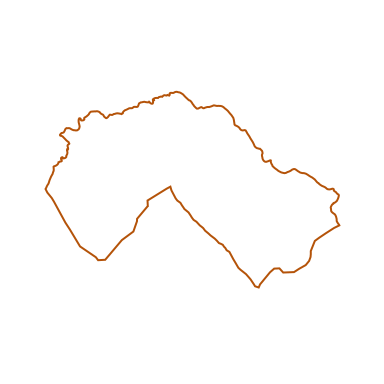 Vermaul, Shefa, Vanuatu (orthographic projection), rotated 149°
{"feature_id": "77236927B21234024058134", "entity_name": "Vermaul", "entity_type": "district", "adm_level": 2, "iso_a3": "VUT", "parent_name": "Vanuatu", "parent_adm1": "Shefa", "projection": "orthographic", "projection_center": [168.197, -16.741], "detail": "fine", "context": "isolated", "style": "outline", "palette": "amber", "viewbox_px": 384, "rotation_deg": 149, "n_neighbors": 0, "source": "geoboundaries", "source_scale": "gbopen_adm2", "svg_char_len": 6007}
<svg xmlns="http://www.w3.org/2000/svg" viewBox="0 0 384 384"><g transform="rotate(149 192 192)"><path d="M307.6,181.9L301.3,178.6L276.9,186.9L262.6,188.3L254.2,195.3L252.9,197.3L237.5,202.6L237.2,202.6L234.5,207.6L211.9,207.9L207.8,207.7L208.8,203.9L209.3,194.9L209.0,192.2L207.5,188.7L207.5,185.7L207.3,182.7L207.3,181.4L205.5,176.3L205.3,172.3L205.3,170.2L205.0,167.3L203.5,164.2L202.5,159.3L201.7,157.3L201.0,155.3L200.7,152.1L199.3,148.1L198.5,145.3L196.5,140.3L195.8,137.6L195.2,134.3L194.0,132.8L192.8,130.9L192.8,130.3L192.7,128.4L192.3,127.1L192.3,124.2L190.8,121.4L191.2,113.1L191.2,108.5L191.3,103.2L190.5,100.4L188.0,93.8L186.8,87.0L186.5,80.8L186.5,78.7L184.0,75.8L181.2,77.8L166.5,83.0L161.0,84.0L156.4,81.5L155.3,76.0L145.8,70.8L139.6,71.0L132.1,70.8L127.1,72.6L123.9,75.2L122.2,77.5L120.6,80.2L111.9,86.8L106.4,87.3L98.5,87.7L88.7,88.0L82.9,87.5L82.8,88.2L83.0,89.8L83.0,91.0L83.0,92.3L82.6,93.2L81.9,94.4L81.2,96.7L81.0,98.3L81.2,99.8L81.6,100.4L81.9,101.2L82.3,102.3L82.5,103.1L82.5,103.9L82.1,104.9L81.5,106.0L81.2,107.1L80.5,107.8L78.9,108.8L77.7,109.2L77.0,109.1L76.5,109.6L76.0,109.6L75.5,109.3L73.6,109.5L72.3,109.8L70.3,111.1L68.9,112.3L67.9,113.4L67.7,114.3L68.2,115.2L68.6,116.4L68.6,117.4L68.9,118.2L69.4,119.2L69.7,120.2L69.3,120.8L69.1,121.4L69.4,122.1L70.1,122.6L71.1,122.8L72.6,123.3L74.0,124.2L74.8,125.4L75.1,126.6L75.7,127.9L76.4,128.9L77.5,130.4L78.3,132.0L78.9,133.6L79.0,134.5L79.5,135.2L79.7,135.9L79.9,136.9L80.3,139.5L80.9,141.0L81.5,142.5L82.3,143.8L83.1,145.3L84.0,147.3L85.0,149.1L86.4,150.6L87.3,151.1L88.1,151.8L89.2,152.9L89.8,154.1L90.5,155.4L91.1,156.9L91.7,158.2L92.2,158.8L92.8,159.2L94.0,159.5L94.8,159.6L95.6,159.5L96.5,159.4L98.6,159.6L99.8,159.9L101.6,160.0L103.0,160.5L103.8,161.2L105.4,162.8L107.1,165.6L107.6,167.1L108.1,168.2L108.8,169.9L109.3,171.6L109.6,172.8L109.3,174.0L109.4,174.6L109.2,176.5L108.7,177.7L108.2,178.4L108.5,178.8L109.3,179.0L110.5,179.1L111.8,179.4L113.0,179.7L113.9,180.5L114.4,181.7L114.5,183.3L114.3,184.4L113.9,185.3L113.5,186.6L113.0,187.7L112.3,188.3L111.6,188.8L111.1,189.9L110.8,191.1L111.1,192.7L111.5,194.1L112.1,194.4L112.6,195.0L113.8,196.2L114.5,197.7L114.7,199.2L114.5,200.4L114.3,202.2L114.2,203.7L114.3,208.0L114.2,210.1L114.4,213.7L114.3,215.6L114.3,217.1L114.9,217.9L115.9,218.3L116.8,218.6L117.8,219.6L118.3,220.9L118.3,222.3L118.7,223.9L119.2,224.8L119.7,225.7L120.6,226.9L120.8,227.9L120.2,229.3L119.8,230.3L119.5,231.0L118.9,232.5L118.4,234.4L118.5,235.5L118.6,237.6L119.0,239.6L119.2,241.0L119.5,243.1L120.1,245.0L120.8,246.8L121.3,248.5L122.0,249.8L123.0,250.9L124.8,252.1L126.4,253.0L127.2,253.7L127.7,254.2L128.6,255.0L129.6,255.2L131.1,255.4L133.6,256.0L134.4,256.6L135.0,256.9L135.9,257.2L137.2,257.5L137.5,257.6L138.3,257.6L139.2,258.0L139.6,258.7L140.1,259.8L140.7,260.1L141.6,260.2L142.5,260.3L143.4,260.3L144.1,260.5L144.9,261.0L145.3,262.1L145.6,263.3L145.9,264.6L145.9,265.7L146.1,266.9L146.1,268.6L146.2,269.9L146.5,271.1L147.0,271.9L147.2,272.0L147.7,273.2L148.0,274.4L148.6,276.4L149.1,278.6L149.4,280.2L150.1,281.7L150.7,282.8L151.3,283.7L152.4,284.6L153.4,285.7L154.2,286.1L155.0,286.4L155.9,286.4L157.2,286.6L158.3,287.4L159.3,288.0L159.8,288.1L160.5,287.9L161.0,286.8L161.9,286.4L162.6,287.2L163.0,287.8L163.9,287.9L164.1,287.8L165.1,288.6L165.8,289.2L166.8,289.4L167.9,289.1L168.6,289.0L168.8,289.4L169.4,289.8L169.9,289.9L171.5,290.4L171.9,290.3L172.7,290.1L173.9,290.9L175.1,291.5L176.0,291.6L176.9,291.7L177.3,291.6L177.2,290.8L177.3,290.2L178.0,290.2L178.3,290.6L178.8,289.6L179.4,288.6L180.1,288.1L180.8,288.2L181.5,288.9L182.0,289.9L182.1,290.9L182.3,291.5L182.9,291.3L183.4,291.4L184.4,292.1L185.5,293.0L186.4,293.9L187.7,294.4L189.0,294.8L189.8,295.2L191.0,295.2L191.8,295.2L192.4,294.7L193.2,294.0L194.0,293.4L194.8,293.1L195.6,293.4L197.2,294.5L198.1,294.9L198.9,294.8L200.0,294.7L200.6,294.9L201.4,295.4L202.1,295.8L202.7,296.1L204.3,296.2L205.7,296.3L207.5,296.6L209.2,296.3L209.9,296.0L210.2,295.8L210.6,295.2L211.3,295.0L211.9,295.4L212.4,295.2L212.7,295.6L214.5,297.2L215.0,297.5L215.4,297.9L216.3,298.3L217.0,298.5L218.2,298.8L218.8,299.1L219.5,299.1L220.4,299.1L220.8,299.2L221.5,299.7L221.9,300.1L222.7,300.6L223.3,300.4L224.0,300.1L224.7,299.9L225.5,299.5L227.1,299.3L227.7,299.7L228.0,300.5L228.4,301.5L228.5,302.4L228.4,302.8L228.4,303.5L228.5,304.1L229.1,305.0L229.6,305.9L229.9,306.7L230.0,307.9L230.6,308.9L231.5,309.9L232.5,310.5L233.3,310.8L233.9,311.2L234.8,311.7L235.8,312.2L236.6,312.6L237.3,312.9L237.9,312.9L239.7,312.3L240.3,311.8L241.3,311.5L242.5,311.3L243.5,311.1L244.5,311.1L245.3,311.1L245.8,311.1L246.2,311.0L246.6,310.5L246.7,310.1L246.9,309.7L247.8,309.4L248.7,309.6L249.5,310.0L250.0,310.3L250.2,311.2L249.8,311.8L249.9,312.6L250.6,313.2L251.6,312.7L252.5,311.5L253.2,310.2L253.5,309.3L253.9,307.9L254.3,306.7L254.6,306.0L255.3,305.2L256.1,304.5L257.0,304.1L258.7,304.0L259.9,304.6L260.7,305.3L261.7,306.0L262.5,307.0L263.2,308.1L263.7,309.2L264.5,310.1L265.9,310.8L266.7,311.4L268.0,311.2L270.2,309.7L271.2,309.2L272.4,309.3L273.3,309.7L274.3,309.6L275.7,309.0L275.9,308.6L275.8,308.0L275.0,307.4L274.3,306.2L273.9,304.5L273.5,302.8L273.1,301.0L272.7,299.8L272.3,298.8L272.1,298.5L272.2,297.8L272.2,297.2L272.3,296.6L273.0,296.4L273.9,296.4L274.7,296.0L275.1,295.3L275.4,294.1L276.0,292.7L276.5,292.3L276.8,292.2L277.2,292.7L277.8,291.9L278.1,290.8L278.5,289.9L279.3,288.9L280.4,288.2L281.3,287.6L281.6,286.9L282.2,286.6L283.0,286.5L283.7,286.6L284.4,286.8L285.0,287.1L285.3,287.6L285.0,288.1L285.1,288.5L286.0,288.8L286.8,288.5L287.3,287.6L287.1,287.1L287.3,286.3L287.8,285.6L288.5,285.6L289.3,286.1L290.0,286.0L291.1,286.3L291.8,285.5L292.9,284.9L294.3,284.7L295.2,284.7L296.9,285.0L297.2,285.1L297.6,285.0L298.0,284.3L298.9,282.5L299.7,281.4L300.9,280.5L302.3,279.2L303.8,278.4L305.1,277.6L306.6,276.5L308.1,275.4L309.3,274.3L310.7,273.1L312.2,272.4L313.6,271.6L314.6,270.8L316.0,270.0L316.3,266.0L315.3,259.0L315.3,254.7L316.3,231.0L316.0,222.7L316.0,203.0L308.0,185.6L307.6,181.9Z" fill="none" stroke="#b45309" stroke-width="2"/></g></svg>